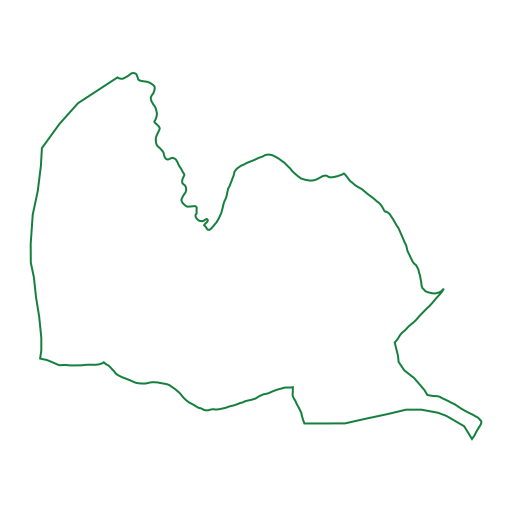 Hamelmalo, Anseba, Eritrea (orthographic projection)
{"feature_id": "51966322B61568027672815", "entity_name": "Hamelmalo", "entity_type": "district", "adm_level": 2, "iso_a3": "ERI", "parent_name": "Eritrea", "parent_adm1": "Anseba", "projection": "orthographic", "projection_center": [38.457, 15.915], "detail": "fine", "context": "isolated", "style": "outline", "palette": "green", "viewbox_px": 512, "rotation_deg": 0, "n_neighbors": 0, "source": "geoboundaries", "source_scale": "gbopen_adm2", "svg_char_len": 6057}
<svg xmlns="http://www.w3.org/2000/svg" viewBox="0 0 512 512"><path d="M272.3,155.2L270.0,154.7L268.8,154.6L267.8,154.6L265.3,155.0L262.2,156.7L258.6,157.9L254.5,159.9L250.9,161.3L246.8,162.9L243.7,164.7L241.2,165.6L237.8,168.0L236.6,168.9L234.5,171.7L233.6,175.6L231.4,181.3L229.5,186.3L228.2,188.5L227.5,191.5L226.7,195.5L226.0,197.9L225.2,199.7L224.5,201.0L223.6,203.7L222.7,207.7L221.3,212.9L219.9,216.1L218.7,218.6L218.3,219.2L216.7,222.1L213.9,225.4L211.2,228.6L209.5,229.8L208.4,229.8L207.4,229.5L206.9,228.7L205.5,226.6L204.1,225.2L205.1,223.8L207.1,222.0L207.7,220.9L207.8,220.1L207.3,219.4L206.6,219.0L205.5,219.5L204.1,220.5L202.5,221.2L201.1,221.1L199.7,220.9L198.4,220.2L196.7,218.7L195.8,217.2L195.5,215.8L195.6,214.8L196.6,213.4L196.7,212.8L196.6,211.6L196.5,210.4L196.7,208.4L196.6,207.4L196.2,206.8L195.6,206.3L194.2,206.1L192.9,206.3L187.8,206.7L186.5,206.3L185.5,205.7L184.0,204.4L182.5,202.8L181.8,201.6L181.4,200.0L181.5,199.3L181.9,198.3L182.7,196.7L183.7,195.0L184.7,193.5L185.1,193.1L185.8,191.7L185.9,191.0L186.2,189.4L186.0,187.7L185.4,186.2L184.8,185.3L183.8,184.5L182.5,183.4L182.3,182.5L182.2,181.1L182.3,179.9L183.0,177.9L183.6,176.6L184.3,175.4L184.2,174.3L183.6,173.1L182.8,172.0L182.2,170.9L181.4,169.2L179.8,166.9L178.1,163.8L177.9,163.1L177.3,161.8L176.6,160.7L176.2,160.0L175.7,159.4L174.8,158.7L173.8,158.2L172.8,157.9L172.2,157.9L171.5,158.0L170.7,158.3L169.3,159.1L168.4,159.4L167.5,159.5L166.3,159.1L165.3,158.1L164.6,156.9L164.3,155.8L164.1,155.2L163.6,153.1L163.0,151.7L162.1,150.6L160.2,148.5L157.2,145.8L156.5,144.3L156.0,142.6L155.8,139.4L155.9,137.4L157.2,134.3L158.8,131.0L159.4,129.7L159.7,128.5L159.5,127.7L158.9,126.5L156.3,123.9L155.2,123.0L154.3,121.7L154.6,121.1L155.4,119.8L155.7,119.0L156.2,117.7L156.6,116.4L156.8,115.2L156.9,113.8L156.8,112.8L156.5,111.3L156.1,109.6L155.6,108.2L155.2,107.2L154.5,106.0L153.1,104.1L152.6,103.1L151.9,102.1L151.5,101.3L151.3,100.6L150.9,99.7L150.8,97.7L151.2,96.5L151.9,95.2L152.8,94.0L153.5,93.0L153.8,91.8L154.2,90.9L154.5,89.8L154.7,88.4L154.6,87.6L154.5,86.5L153.8,85.6L153.2,85.0L152.0,84.2L150.1,82.9L148.4,82.2L147.6,81.9L146.6,81.7L141.7,81.0L140.6,80.7L139.3,80.3L138.6,79.8L138.1,79.1L137.9,78.3L137.6,77.3L136.5,74.4L135.7,73.7L134.5,73.2L133.2,73.0L131.9,73.2L130.7,73.9L128.2,75.8L127.1,76.5L123.3,78.5L122.1,78.8L120.8,78.7L119.2,78.4L118.4,78.0L117.5,77.4L78.0,103.2L59.4,124.0L41.9,148.1L40.9,165.8L37.8,190.8L32.7,214.8L30.7,244.0L30.8,262.7L33.9,277.3L36.0,297.1L39.2,316.9L41.3,337.7L41.3,350.2L41.1,351.9L40.1,358.5L42.3,359.1L46.6,359.9L50.3,361.4L52.0,362.1L57.0,364.3L59.2,365.2L60.8,365.2L65.1,364.9L69.9,365.4L75.2,365.4L81.8,365.3L85.9,364.8L89.3,364.7L95.5,364.8L99.3,364.3L102.9,363.0L103.8,362.3L105.7,364.0L108.6,365.6L110.2,367.1L112.6,369.8L114.1,371.3L115.1,372.6L115.9,373.6L117.0,374.5L119.0,375.7L122.3,377.3L127.1,379.1L131.7,381.0L134.5,382.3L136.4,382.9L138.0,383.2L140.0,383.4L142.1,383.5L145.5,383.5L148.1,383.0L150.5,382.4L153.4,382.2L155.3,382.3L157.4,382.4L159.7,382.9L163.3,383.5L166.4,384.1L169.0,384.9L171.6,386.7L173.5,388.0L175.4,389.3L177.8,391.4L179.2,392.5L182.0,395.8L183.0,397.1L184.2,398.4L185.7,399.8L188.5,402.1L193.9,405.0L195.8,406.2L198.6,407.9L200.5,408.2L202.2,408.9L203.9,409.9L206.3,410.4L208.7,410.2L210.5,409.6L212.1,409.3L213.8,409.2L215.8,409.6L217.6,409.4L220.0,409.1L220.7,408.9L222.9,408.4L225.8,407.8L227.8,407.0L229.8,406.3L232.5,405.7L234.6,405.2L236.2,404.5L238.1,404.0L239.9,403.0L242.2,402.6L244.9,401.3L247.6,400.6L251.5,399.8L254.6,398.8L255.5,398.6L257.8,397.1L258.9,396.4L261.2,395.3L263.5,394.3L265.4,394.0L268.3,393.3L273.0,391.2L275.4,390.3L278.1,389.4L282.3,388.3L284.6,387.6L287.5,387.5L290.7,387.5L292.9,387.2L292.8,389.7L292.8,391.9L292.7,393.2L292.6,394.7L292.7,395.8L293.1,396.8L293.9,398.6L295.1,400.3L296.7,403.9L299.0,408.1L300.7,411.6L301.4,413.1L301.8,415.6L303.1,419.9L304.4,423.5L345.0,423.4L363.6,419.2L388.4,413.9L406.0,409.7L421.6,409.7L438.2,412.8L446.4,415.9L464.1,426.2L468.4,433.1L472.0,439.0L472.8,437.8L474.4,435.7L475.8,432.7L477.3,430.0L479.6,426.4L480.9,424.1L481.1,423.6L481.3,422.6L481.3,421.5L480.8,420.6L480.2,420.0L479.7,419.4L479.3,418.9L478.7,418.3L477.6,417.4L476.4,416.8L474.0,415.4L472.2,414.4L468.6,412.7L465.4,411.0L461.5,408.8L457.3,406.0L454.9,404.4L451.3,402.7L447.8,400.8L443.9,399.0L442.2,398.2L440.3,397.1L438.8,396.5L437.4,396.2L433.5,396.0L430.6,395.6L427.4,395.0L424.3,389.9L414.1,378.0L404.4,370.5L398.6,361.9L398.0,355.8L394.7,342.5L396.2,340.9L397.8,338.9L400.1,335.0L401.9,332.9L404.6,330.6L406.5,328.8L407.2,327.9L409.0,326.1L411.1,324.3L413.5,322.4L416.2,319.8L418.1,317.6L419.8,315.6L422.0,313.4L424.8,310.5L427.0,308.3L429.3,306.2L431.8,303.5L434.0,300.9L436.6,297.8L440.2,293.9L442.3,291.2L443.8,288.6L441.7,290.9L440.0,292.0L438.5,292.6L436.7,293.1L435.7,293.4L434.6,293.4L433.1,293.4L429.3,292.6L427.4,292.1L425.4,291.2L424.2,289.8L423.1,288.8L422.3,287.9L421.7,285.9L421.4,284.7L421.4,283.2L421.0,281.2L420.6,279.0L419.9,275.1L418.9,272.0L418.4,269.6L417.5,267.9L416.6,266.1L415.6,264.7L415.0,264.3L414.2,263.7L412.8,261.9L410.7,257.7L409.6,255.2L408.4,252.8L407.5,251.0L406.9,248.5L406.7,247.5L406.2,245.4L404.1,241.3L403.2,238.9L399.9,231.3L398.3,227.8L397.0,226.1L394.7,222.0L392.8,218.8L391.1,216.3L390.0,214.5L389.1,213.6L388.3,212.8L387.4,212.3L386.5,211.7L385.5,211.8L384.4,210.9L383.9,210.1L383.2,208.6L381.5,205.8L380.9,205.0L379.9,203.8L378.6,202.5L377.0,201.5L374.4,199.1L371.4,196.8L367.1,193.6L365.2,191.9L361.8,189.1L359.2,187.7L355.4,185.4L352.2,182.6L350.2,181.1L349.0,179.6L347.5,177.6L346.2,175.9L344.8,174.3L343.9,173.5L343.3,173.8L342.7,174.3L341.7,174.7L340.5,175.1L337.8,176.1L335.3,176.7L332.0,177.3L330.7,177.3L329.6,177.2L328.8,177.0L327.9,176.5L327.2,176.0L326.4,175.7L325.3,175.6L324.4,175.7L322.5,176.2L317.5,179.0L314.7,180.1L312.5,180.5L310.8,180.6L309.4,180.5L306.9,180.1L304.7,179.6L303.0,179.1L300.8,178.4L299.2,177.1L297.8,176.1L294.9,173.6L292.4,171.3L290.0,168.3L287.2,165.6L284.2,162.5L282.2,161.2L279.0,158.8L275.2,156.6L272.3,155.2Z" fill="none" stroke="#15803d" stroke-width="2"/></svg>